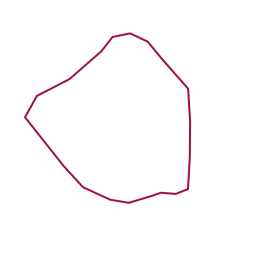 an SVG outline of Shirvan, rotated 317°
{"feature_id": "AZE-5563", "entity_name": "Shirvan", "entity_type": "Municipality", "adm_level": 1, "iso_a3": "AZE", "parent_name": "Azerbaijan", "parent_adm1": "", "projection": "orthographic", "projection_center": [48.916, 39.944], "detail": "fine", "context": "isolated", "style": "outline", "palette": "rose", "viewbox_px": 256, "rotation_deg": 317, "n_neighbors": 0, "source": "natural_earth", "source_scale": "10m", "svg_char_len": 392}
<svg xmlns="http://www.w3.org/2000/svg" viewBox="0 0 256 256"><g transform="rotate(317 128 128)"><path d="M118.0,208.8L107.9,197.8L97.4,193.1L77.5,183.2L66.2,168.5L54.7,140.6L55.0,111.8L60.0,49.9L83.3,42.4L118.4,52.3L160.8,53.7L178.9,50.9L194.1,60.3L201.3,78.3L199.9,101.0L198.8,140.2L177.8,165.7L153.2,191.6L130.2,213.6L118.0,208.8Z" fill="none" stroke="#9f1239" stroke-width="2"/></g></svg>